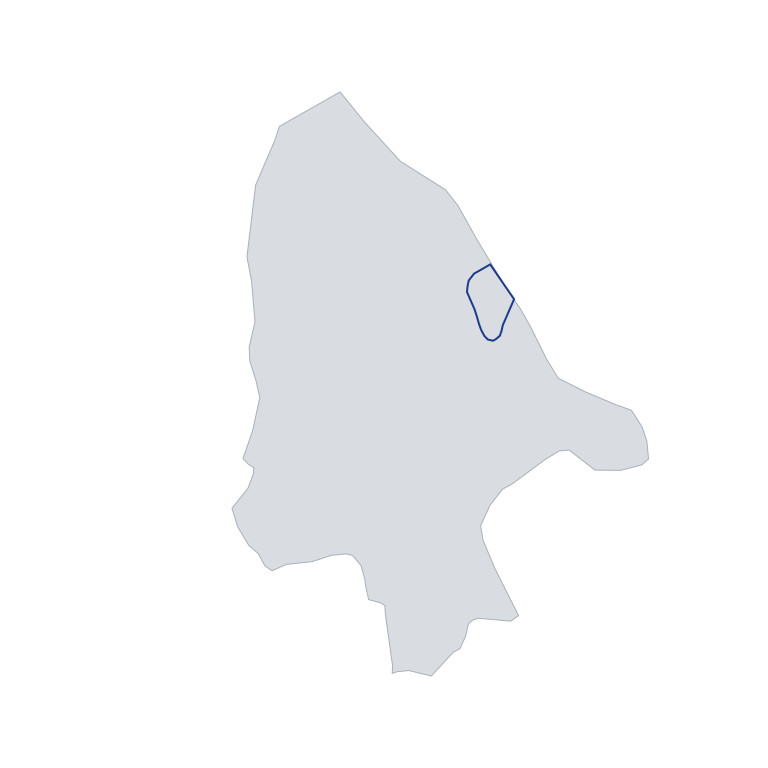 Bujumbura Mairie on a map of Burundi (Natural Earth projection), rotated 149°
{"feature_id": "BDI-3364", "entity_name": "Bujumbura Mairie", "entity_type": "Province", "adm_level": 1, "iso_a3": "BDI", "parent_name": "Burundi", "parent_adm1": "", "projection": "natural_earth1", "projection_center": [29.344, -3.441], "detail": "fine", "context": "in_parent", "style": "outline", "palette": "blue", "viewbox_px": 768, "rotation_deg": 149, "n_neighbors": 0, "source": "natural_earth", "source_scale": "10m", "svg_char_len": 1404}
<svg xmlns="http://www.w3.org/2000/svg" viewBox="0 0 768 768"><g transform="rotate(149 384 384)"><path d="M526.0,131.7L521.6,138.4L501.2,186.4L497.3,193.6L499.5,198.0L508.2,207.1L503.1,222.2L501.1,226.2L497.2,240.3L499.3,253.3L504.2,258.1L517.4,264.3L537.2,268.8L560.5,279.6L576.1,281.6L579.8,289.3L579.1,303.2L583.0,315.3L583.0,336.9L578.3,355.8L554.3,364.7L542.0,374.5L538.6,379.4L541.6,385.1L543.2,392.8L520.6,411.7L497.4,436.4L491.9,453.1L487.2,472.8L480.4,485.3L462.7,503.5L444.7,540.0L435.9,563.7L391.6,620.6L352.2,649.0L340.8,658.7L271.2,657.0L265.8,618.6L255.2,566.2L231.3,518.9L228.8,499.2L229.9,461.0L230.0,407.4L228.4,378.6L228.9,357.5L231.9,321.0L231.6,299.2L215.8,274.0L196.2,247.2L185.5,234.1L185.0,223.5L185.0,213.7L188.2,199.5L195.8,183.6L204.5,181.8L225.6,188.1L247.6,201.6L259.3,232.0L268.3,236.4L284.5,236.3L326.1,232.3L336.5,232.8L355.4,225.6L374.1,212.8L379.5,199.5L383.9,169.7L387.9,116.2L397.5,115.5L423.7,134.6L429.3,135.9L434.9,135.2L443.9,125.8L455.1,118.1L463.4,118.3L493.8,109.3L510.2,125.5L520.5,130.5L526.0,131.7Z" fill="#d9dde1" stroke="#a8b0b8" stroke-width="1"/><path d="M231.4,431.8L228.8,389.7L241.0,381.0L251.9,373.2L255.8,369.1L259.8,365.7L264.9,364.8L268.4,365.0L272.1,368.7L273.2,373.4L272.9,380.2L271.7,386.3L269.8,393.4L267.9,401.5L266.6,411.7L265.5,420.1L261.5,425.4L258.0,429.1L250.0,432.2L231.4,431.8Z" fill="none" stroke="#1e3a8a" stroke-width="2"/></g></svg>